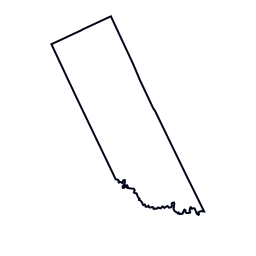 Kane, Utah, United States of America (orthographic projection), rotated 64°
{"feature_id": "52423323B18602479279473", "entity_name": "Kane", "entity_type": "district", "adm_level": 2, "iso_a3": "USA", "parent_name": "United States of America", "parent_adm1": "Utah", "projection": "orthographic", "projection_center": [-111.142, 37.272], "detail": "fine", "context": "isolated", "style": "outline", "palette": "ink", "viewbox_px": 256, "rotation_deg": 64, "n_neighbors": 0, "source": "geoboundaries", "source_scale": "gbopen_adm2", "svg_char_len": 2068}
<svg xmlns="http://www.w3.org/2000/svg" viewBox="0 0 256 256"><g transform="rotate(64 128 128)"><path d="M53.9,160.7L70.3,160.8L71.4,160.9L162.7,161.5L163.3,161.5L168.7,161.6L170.1,159.7L171.4,159.4L171.9,160.1L173.0,160.1L172.9,159.1L173.6,158.0L174.5,157.6L175.1,157.1L174.1,156.5L173.1,155.4L173.1,154.2L173.4,153.7L174.4,154.1L175.3,154.6L177.1,155.8L177.9,157.9L178.3,158.6L179.6,158.8L180.0,157.9L179.8,156.5L179.4,156.3L178.6,155.8L178.8,154.9L179.1,153.9L180.4,153.9L180.6,154.5L181.1,155.0L181.6,154.8L183.3,152.4L185.0,149.7L185.8,149.2L187.0,149.3L187.5,150.1L188.6,151.0L189.9,150.0L190.2,149.2L191.3,148.9L192.3,149.2L194.6,149.3L195.5,149.1L196.4,148.7L196.7,149.3L197.5,149.7L198.3,148.8L200.9,148.0L202.4,148.2L203.3,148.3L204.1,147.9L204.2,147.0L204.0,146.7L204.4,146.3L205.0,146.4L205.5,146.6L206.5,146.6L207.0,145.7L207.0,144.7L206.8,143.7L207.9,143.6L208.3,143.8L209.2,143.0L209.5,141.7L209.7,140.8L210.5,140.1L211.3,140.4L211.9,140.5L212.3,139.7L212.2,139.1L212.9,138.1L213.1,136.7L212.6,136.1L213.1,135.2L213.9,134.7L214.5,133.9L214.3,133.1L213.9,132.4L213.6,131.3L214.1,131.0L214.9,130.8L215.8,130.3L215.5,129.2L215.5,126.6L217.5,126.1L218.2,124.1L217.8,123.1L216.9,122.5L215.5,122.2L214.7,121.0L215.1,119.4L216.3,119.5L218.1,120.8L219.4,121.6L220.9,122.6L223.2,122.5L224.6,121.6L225.4,121.4L226.0,120.6L226.0,119.7L226.8,119.4L227.3,120.0L228.0,119.2L228.2,118.1L228.9,117.3L228.7,116.2L228.0,115.6L227.2,114.8L226.3,113.6L226.1,113.0L227.0,112.4L227.8,112.6L229.0,113.3L230.2,112.5L230.6,111.8L230.9,110.6L231.3,109.8L230.6,108.8L229.3,109.0L227.7,107.7L226.7,106.7L226.7,106.4L227.1,106.0L227.8,106.1L228.5,106.2L228.8,105.3L228.8,104.5L229.5,103.4L231.6,103.4L234.9,103.8L236.4,103.1L236.9,102.9L236.8,102.1L236.1,101.9L235.0,101.9L234.4,101.3L234.5,100.7L234.9,98.4L236.0,96.9L236.4,96.2L202.4,96.3L201.3,96.4L124.3,96.2L121.5,96.7L90.7,96.3L71.9,95.3L40.9,94.8L20.1,94.4L20.0,99.7L19.5,125.7L19.7,126.1L19.1,160.1L25.8,160.2L47.0,160.5L51.9,160.6L53.3,160.6L53.7,160.7L53.9,160.7Z" fill="none" stroke="#020617" stroke-width="2"/></g></svg>